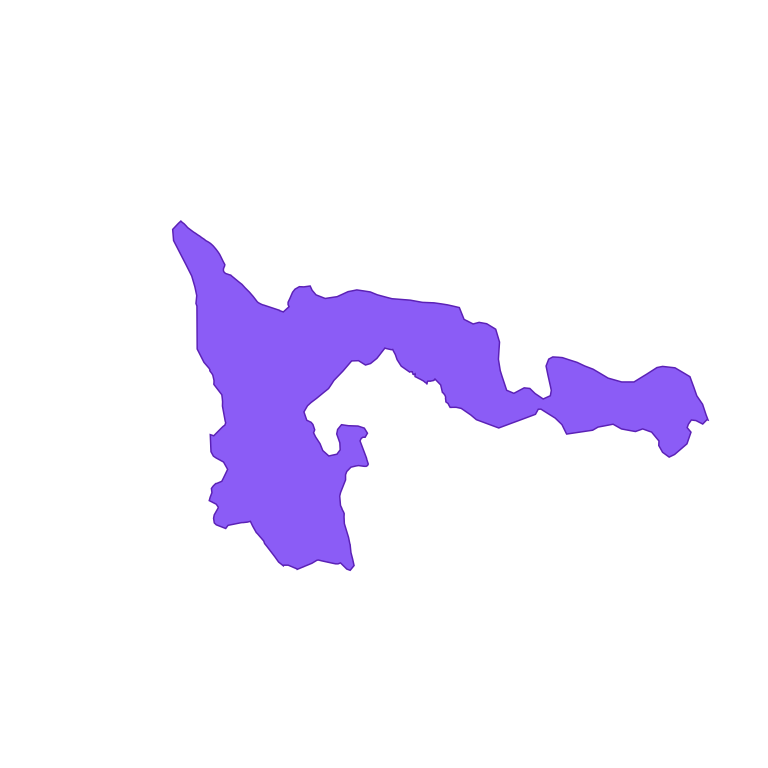 Ibb, Ibb, Yemen, rotated 314°
{"feature_id": "15242507B92318090783838", "entity_name": "Ibb", "entity_type": "district", "adm_level": 2, "iso_a3": "YEM", "parent_name": "Yemen", "parent_adm1": "Ibb", "projection": "equal_earth", "projection_center": [44.175, 13.992], "detail": "fine", "context": "isolated", "style": "filled", "palette": "violet", "viewbox_px": 768, "rotation_deg": 314, "n_neighbors": 0, "source": "geoboundaries", "source_scale": "gbopen_adm2", "svg_char_len": 5487}
<svg xmlns="http://www.w3.org/2000/svg" viewBox="0 0 768 768"><g transform="rotate(314 384 384)"><path d="M408.8,384.0L410.4,394.1L410.5,394.1L411.9,395.1L412.4,395.9L412.0,396.2L411.8,396.7L411.7,397.2L411.5,398.0L411.2,398.1L411.3,398.4L411.4,398.7L412.1,399.1L412.2,399.3L412.6,399.3L412.9,399.3L412.8,399.5L412.7,399.8L412.3,400.0L412.0,400.2L411.7,400.3L410.9,401.2L410.9,401.3L411.4,402.6L412.1,405.1L412.5,406.3L412.9,407.7L413.3,409.3L413.5,409.8L413.6,410.0L413.6,410.5L413.7,411.2L413.7,411.5L413.7,412.0L413.7,412.3L413.8,412.8L414.0,413.5L413.9,414.5L413.9,414.8L414.0,414.8L414.1,414.7L414.4,414.5L414.5,414.5L414.6,414.4L414.8,414.3L414.9,414.2L415.0,414.1L415.2,413.9L415.3,413.8L415.5,413.8L415.6,413.7L415.9,413.6L416.0,413.6L416.3,413.5L416.5,413.6L416.7,413.8L417.0,414.0L417.3,414.4L417.5,414.5L417.8,414.9L418.0,415.1L418.2,415.4L418.5,415.5L419.1,415.9L419.5,416.3L419.9,416.5L420.2,416.6L420.4,416.8L420.6,416.9L420.7,417.1L420.9,417.2L421.2,417.2L421.4,417.3L421.7,417.4L421.9,417.5L422.2,417.5L422.4,417.5L422.5,417.4L422.5,417.2L422.9,417.2L423.0,417.2L422.7,425.4L418.5,431.9L418.7,432.2L418.6,433.1L418.6,434.0L418.4,434.4L418.3,435.3L418.2,435.8L417.7,436.8L417.5,437.3L416.5,438.2L416.2,438.4L415.2,439.8L414.4,440.6L414.1,441.1L414.5,443.7L414.1,444.6L413.1,447.8L417.3,452.0L420.1,456.5L422.0,467.8L422.5,475.2L430.5,493.5L432.1,497.1L443.4,502.5L450.2,505.8L459.4,510.2L467.4,514.0L473.0,512.5L474.9,514.3L478.4,530.8L478.4,540.2L475.2,549.1L474.9,550.2L484.8,557.8L495.7,566.2L501.7,567.9L507.2,571.8L514.2,576.7L516.6,586.0L522.2,594.5L524.5,597.9L531.4,601.3L534.3,607.8L535.3,609.9L534.0,621.4L530.6,624.4L528.4,631.8L529.5,639.9L535.2,642.0L551.4,643.5L562.6,638.3L563.2,632.4L566.5,630.9L571.6,630.1L574.4,633.8L576.6,641.1L582.7,641.1L583.2,642.1L585.5,637.2L590.7,627.3L592.8,617.2L596.7,609.5L599.3,604.1L601.8,599.0L599.9,590.9L597.8,582.1L593.8,576.9L590.2,572.2L585.4,568.9L581.5,568.0L573.1,566.0L568.9,564.9L559.1,562.4L556.5,559.7L550.6,553.6L543.9,541.1L542.7,535.9L539.9,524.1L536.4,515.9L533.7,507.9L530.0,500.4L526.9,494.0L524.4,490.9L520.7,486.6L516.3,485.2L509.5,488.1L503.9,496.3L501.6,499.8L498.3,504.8L495.6,508.8L491.1,511.8L483.8,508.9L482.1,499.3L482.1,492.0L478.6,487.5L467.5,483.9L464.7,476.6L471.5,463.6L474.4,458.3L481.3,449.1L488.8,442.7L494.4,438.0L501.0,426.3L498.7,416.0L494.4,409.6L489.1,406.4L486.1,396.7L491.3,385.1L487.8,379.2L485.1,374.8L481.7,369.9L477.2,363.7L469.4,354.9L466.4,350.4L462.6,344.7L450.9,330.5L448.4,326.1L443.5,317.2L440.7,310.2L436.9,304.8L432.8,299.1L428.6,296.2L425.5,294.0L418.8,291.4L416.8,290.6L414.2,289.6L411.4,287.4L404.7,282.3L400.9,273.2L401.5,267.2L403.2,262.8L398.2,258.9L395.2,255.5L390.4,254.1L386.5,254.5L380.1,256.9L376.2,258.2L374.5,259.8L373.6,262.0L365.9,261.5L364.2,257.8L364.4,257.6L357.2,242.6L356.7,241.8L355.9,239.6L355.2,237.1L355.1,235.7L355.5,233.1L356.1,229.0L356.6,223.3L356.7,217.1L357.0,212.7L356.6,208.8L355.8,198.5L355.9,198.2L354.9,196.4L354.5,195.4L354.1,194.6L353.5,193.4L353.4,192.2L353.4,191.3L353.8,190.0L355.2,188.6L356.7,187.9L358.1,187.4L359.3,186.6L359.6,185.7L360.4,183.2L361.4,180.5L362.3,178.0L363.1,175.7L363.7,173.0L364.2,169.9L364.5,167.3L364.7,164.8L364.6,161.6L364.1,158.9L363.4,156.4L363.2,153.9L362.7,151.4L362.4,148.8L361.9,146.4L361.5,143.8L361.0,141.4L360.7,139.0L360.4,136.6L360.1,134.1L360.3,131.7L360.4,128.9L360.1,126.5L360.1,124.7L356.8,124.5L348.4,124.6L341.0,133.0L337.1,144.5L332.4,158.4L328.1,170.7L326.1,174.2L322.5,180.5L317.5,187.9L311.3,192.8L310.1,195.3L279.4,225.3L274.5,239.5L273.8,247.2L273.3,248.9L272.7,249.3L272.4,249.9L272.0,252.7L271.5,254.6L270.4,256.3L268.5,259.2L266.7,260.9L265.8,261.6L265.5,262.0L263.6,274.8L261.6,277.3L259.2,280.1L258.9,280.4L255.9,283.1L247.1,295.4L246.1,297.1L243.8,298.1L241.6,297.7L238.5,297.6L228.5,297.5L226.9,294.2L215.1,306.6L213.6,311.4L214.2,314.8L216.4,322.8L214.0,330.8L204.3,334.0L201.3,334.9L196.2,332.7L195.5,332.1L192.0,332.0L189.0,332.4L186.3,335.7L181.8,337.6L178.7,339.3L181.0,346.8L180.3,350.3L179.3,350.9L175.4,351.9L171.9,352.8L169.0,354.7L166.2,358.4L166.2,361.2L170.1,370.5L174.0,370.0L185.3,377.8L186.4,378.9L189.8,381.7L192.4,383.3L190.6,388.1L188.4,395.3L188.4,396.9L187.5,406.6L186.3,408.9L185.9,412.1L183.9,425.4L182.7,431.9L183.2,437.0L183.3,438.0L184.1,437.8L187.1,440.9L190.5,449.7L190.3,450.3L197.7,453.5L205.0,456.7L210.7,458.2L211.8,459.1L213.5,462.0L219.6,471.9L221.0,474.1L222.7,475.9L225.1,477.0L225.0,485.8L226.5,489.1L232.6,488.6L236.3,483.0L239.8,477.3L245.1,471.0L245.2,470.6L249.0,465.1L256.0,452.5L260.7,447.5L263.1,445.4L263.8,443.9L264.9,440.5L265.2,440.3L266.4,437.1L272.6,430.0L275.9,428.1L288.3,423.0L292.0,419.4L295.2,418.0L301.2,418.0L305.6,420.8L307.6,422.3L311.0,426.9L312.3,428.3L313.9,428.8L315.5,428.3L318.1,423.4L318.4,423.2L326.4,406.3L329.0,405.4L331.0,405.8L332.6,407.4L337.1,406.3L338.6,400.5L335.7,394.5L329.3,387.4L325.2,381.7L319.1,382.2L315.2,384.7L311.0,393.1L306.2,398.2L300.7,398.9L299.9,398.3L299.8,398.2L293.9,394.3L293.6,386.2L296.6,379.5L298.4,371.6L300.0,367.2L302.9,366.0L305.5,361.0L305.8,358.2L304.3,353.6L308.3,345.8L315.2,344.1L320.0,344.4L327.1,345.5L336.6,346.6L342.2,347.3L347.8,346.3L351.8,345.5L361.4,345.5L364.8,345.5L371.3,345.1L378.1,344.7L380.1,346.6L383.1,349.5L384.3,355.2L384.8,357.5L389.4,360.1L393.5,360.6L397.5,361.1L407.7,360.0L410.5,359.7L410.6,360.2L413.8,365.5L414.9,366.3L414.4,367.4L414.4,367.5L413.0,371.8L410.6,376.5L408.8,384.0Z" fill="#8b5cf6" stroke="#5b21b6" stroke-width="1.5"/></g></svg>